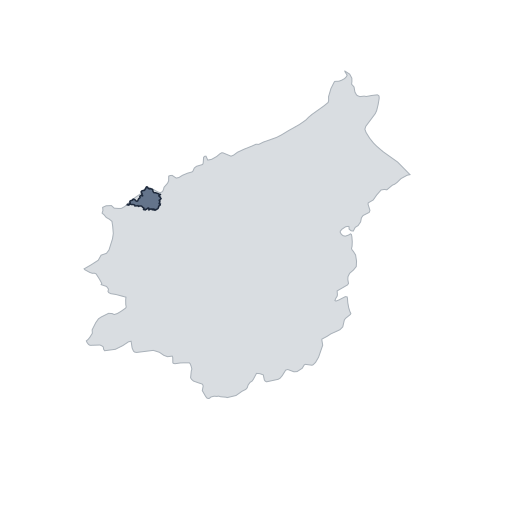 Naroulia, Gomel, Belarus shown in context, rotated 148°
{"feature_id": "67162791B29889808776469", "entity_name": "Naroulia", "entity_type": "district", "adm_level": 2, "iso_a3": "BLR", "parent_name": "Belarus", "parent_adm1": "Gomel", "projection": "robinson", "projection_center": [29.526, 51.623], "detail": "fine", "context": "in_parent", "style": "filled", "palette": "slate", "viewbox_px": 512, "rotation_deg": 148, "n_neighbors": 0, "source": "geoboundaries", "source_scale": "gbopen_adm2", "svg_char_len": 7093}
<svg xmlns="http://www.w3.org/2000/svg" viewBox="0 0 512 512"><g transform="rotate(148 256 256)"><path d="M408.6,336.2L401.1,335.9L392.0,336.0L386.9,338.8L381.4,337.5L377.5,339.0L368.6,346.6L365.1,350.7L361.8,357.1L359.8,361.7L360.9,365.0L362.6,368.1L363.0,371.3L363.8,373.9L361.6,375.8L360.3,378.5L356.5,378.0L351.9,375.4L350.9,371.7L347.3,369.1L344.9,367.7L341.0,367.5L334.8,368.7L326.7,369.7L320.6,369.9L317.3,371.2L312.3,372.5L310.4,371.0L307.7,366.7L305.4,362.5L303.9,360.7L302.6,360.2L300.9,360.3L299.0,361.6L297.6,363.0L292.4,364.6L290.2,366.1L287.7,370.0L286.1,369.7L284.4,368.8L282.4,364.4L279.8,363.4L275.5,363.4L270.1,362.5L265.8,361.2L264.3,361.5L261.7,363.3L258.9,363.6L252.8,361.9L251.6,362.7L248.1,367.5L246.4,367.7L245.5,367.1L246.1,362.9L242.5,361.5L236.6,361.2L232.4,361.8L230.3,361.7L229.3,360.9L224.3,353.9L221.6,353.4L216.7,353.8L209.6,352.9L201.4,351.4L196.8,350.8L194.5,349.2L189.4,348.7L175.9,345.7L170.3,345.2L162.1,345.1L149.6,344.5L141.6,344.9L137.9,345.8L133.6,346.4L118.8,347.3L113.4,348.0L111.9,349.5L110.0,352.7L103.7,358.3L97.6,362.0L96.6,362.3L93.1,360.3L90.3,359.7L86.9,359.5L84.5,360.1L82.9,361.0L82.9,365.3L82.6,365.7L80.2,360.6L80.5,356.0L82.1,353.3L83.9,351.0L83.3,347.4L85.2,342.7L85.4,339.3L84.7,337.8L83.4,336.1L79.6,334.3L77.9,332.8L72.8,330.8L67.7,328.4L66.9,326.9L67.2,325.8L68.1,324.3L72.2,319.7L76.7,315.3L79.5,313.5L94.2,307.8L96.5,305.8L97.2,302.4L97.2,295.6L96.5,289.5L95.5,285.2L93.0,277.2L86.1,260.6L82.3,243.4L85.1,244.4L92.0,244.8L97.5,243.6L100.3,243.4L102.8,243.8L110.0,242.8L111.8,244.4L114.9,245.7L121.3,243.8L126.9,241.4L132.7,241.6L133.6,240.4L135.2,234.3L136.9,233.0L143.8,233.6L146.4,232.5L149.2,229.5L153.3,227.7L156.7,227.7L160.3,225.6L162.0,227.0L162.8,229.5L161.6,231.5L162.1,232.3L164.5,233.3L168.7,233.2L171.4,232.4L172.1,231.3L172.1,229.2L171.5,227.2L169.8,225.5L166.4,224.7L164.1,224.7L163.7,223.6L164.6,221.3L166.8,217.1L169.4,213.3L171.0,211.8L171.3,210.5L171.0,208.2L171.0,204.1L173.5,198.3L176.6,193.9L180.7,192.5L185.8,191.7L189.0,189.7L190.6,187.4L192.1,183.7L193.7,183.0L205.7,183.4L207.6,179.8L208.7,178.8L211.0,177.7L212.7,176.4L212.1,175.4L209.0,174.8L201.8,174.2L200.4,173.0L200.9,171.6L202.9,167.8L204.8,163.0L205.8,159.2L206.0,157.0L207.0,156.4L212.9,155.7L214.9,155.0L220.0,149.9L223.9,149.0L233.8,150.3L238.3,150.2L244.1,150.6L244.6,150.1L246.7,145.0L256.6,137.0L261.9,134.2L265.2,133.5L266.4,133.7L271.6,138.0L272.8,138.1L276.3,136.3L282.4,136.2L285.2,137.7L289.2,142.9L291.3,143.5L297.2,140.6L300.4,139.6L302.6,139.7L313.7,143.7L314.5,145.0L314.6,146.5L312.8,151.3L315.1,154.2L317.8,156.2L323.5,152.9L325.6,152.0L328.0,152.0L331.0,150.8L333.3,148.9L335.4,148.3L339.5,148.7L346.9,148.3L355.5,151.2L356.2,152.1L360.6,155.4L362.1,157.1L363.5,157.6L365.8,159.3L368.9,160.3L371.0,160.0L372.1,160.5L373.0,161.8L373.1,164.0L372.9,170.3L369.8,173.6L369.4,174.8L369.6,176.1L372.0,178.9L375.3,183.1L376.0,185.5L376.0,187.4L371.8,192.8L370.3,194.1L369.4,196.9L368.9,199.6L369.2,200.8L376.4,205.2L381.8,207.6L383.0,208.8L383.1,209.5L380.3,214.2L380.1,215.5L384.4,217.5L386.8,220.6L389.0,225.6L393.1,230.4L408.4,237.5L409.8,238.8L410.3,240.3L409.8,243.6L407.1,249.9L409.7,250.8L416.5,250.6L424.7,251.4L434.6,255.9L434.6,257.9L433.7,259.7L434.4,261.6L435.5,263.2L444.1,268.2L444.9,269.7L445.1,272.1L444.9,273.9L442.6,274.2L440.0,275.1L435.7,277.2L434.1,280.2L427.2,284.4L422.9,286.2L419.5,286.3L411.4,285.5L408.5,283.4L407.3,281.5L404.1,280.7L400.0,280.6L394.2,280.9L393.1,281.5L392.2,283.8L389.8,287.8L388.1,290.0L395.4,297.8L399.1,301.0L400.3,303.0L400.3,304.4L398.6,306.1L398.9,309.4L402.5,313.8L401.3,314.5L401.0,319.8L401.1,325.6L402.1,327.0L404.0,328.1L405.7,330.2L408.4,335.0L408.6,336.2Z" fill="#d9dde1" stroke="#a8b0b8" stroke-width="1"/><path d="M322.3,351.8L322.1,351.8L321.7,351.8L321.4,351.8L321.0,351.7L320.5,351.7L320.1,351.5L319.9,351.3L319.7,351.2L319.6,350.9L319.6,350.6L319.6,350.4L319.4,350.1L319.1,350.1L318.9,350.1L318.7,350.3L318.6,350.5L318.4,350.5L318.3,350.4L318.2,350.2L318.3,349.7L318.3,349.3L318.2,349.1L317.9,349.1L317.5,349.3L317.2,349.3L317.1,349.1L317.2,348.8L317.4,348.6L317.5,348.5L317.4,348.3L317.1,348.3L316.8,348.3L316.3,348.2L315.8,348.2L315.1,348.2L314.7,348.2L314.2,348.2L313.8,348.3L313.6,348.4L313.4,348.6L313.1,348.8L312.9,348.9L312.6,349.1L312.4,349.3L312.4,349.6L312.2,349.8L311.3,349.9L310.7,349.9L310.3,350.0L310.1,350.2L310.0,350.3L309.9,350.6L309.6,350.8L309.8,351.1L310.1,351.2L310.4,351.4L310.4,351.7L310.4,351.8L310.0,352.0L309.8,352.0L309.6,352.2L309.5,352.3L309.4,352.6L309.1,352.9L308.8,352.9L308.8,353.1L308.7,353.4L308.5,353.7L308.3,354.0L308.2,354.1L308.3,354.4L308.5,354.5L308.4,354.6L308.2,354.7L307.9,354.6L307.5,354.5L307.1,354.6L306.7,354.8L306.1,355.0L306.1,355.3L306.2,355.6L306.2,356.0L306.2,356.3L306.0,356.5L305.9,356.6L306.0,356.8L306.3,357.1L306.3,357.3L306.2,357.6L306.3,357.9L306.4,358.2L306.6,358.4L306.5,358.6L306.3,358.7L305.8,358.7L305.2,358.7L304.3,358.7L303.9,358.8L304.1,358.8L304.6,359.1L305.1,359.3L305.4,359.8L305.8,360.5L306.1,361.0L306.9,361.8L307.1,362.2L307.6,362.8L308.3,363.3L308.7,363.6L309.0,363.8L309.1,364.2L309.1,364.6L309.1,365.0L309.1,365.6L308.9,366.0L308.7,366.3L308.6,366.8L308.5,367.1L308.7,367.6L309.3,368.4L309.9,369.0L310.3,369.2L310.7,369.3L311.1,369.6L311.2,370.0L311.4,370.4L311.6,371.0L311.6,371.6L311.7,372.1L311.8,372.5L312.4,372.6L312.8,372.4L313.1,372.2L313.8,371.6L314.7,371.3L315.3,371.0L315.9,370.8L316.4,371.0L317.0,371.3L317.5,371.5L318.4,371.7L318.9,371.5L319.4,371.3L319.6,370.7L319.6,370.2L319.5,369.7L319.6,369.2L320.1,368.9L320.3,368.5L320.3,368.3L320.1,367.8L320.2,367.2L320.6,367.2L320.9,367.7L321.2,368.1L321.9,368.4L322.5,368.3L323.1,368.0L323.2,367.4L323.4,367.0L323.7,366.8L324.4,366.8L324.9,366.8L325.2,366.7L325.5,366.5L326.0,366.2L326.5,365.9L327.2,365.4L328.0,365.5L328.5,366.1L328.6,366.6L328.8,367.2L328.8,367.6L329.0,368.2L329.1,368.4L329.7,369.0L329.8,369.2L330.6,369.3L330.8,368.9L331.1,368.8L331.5,368.9L332.1,369.1L332.9,369.3L333.7,369.3L334.1,369.0L334.4,368.6L334.4,368.0L334.5,367.7L334.8,367.5L335.4,367.4L336.1,367.3L336.6,367.3L337.1,367.6L337.6,367.9L337.8,367.7L338.0,367.6L337.8,367.4L337.7,367.2L337.4,366.9L337.1,366.7L336.8,366.5L336.7,366.5L336.2,366.8L335.5,366.8L335.1,366.5L334.8,366.3L334.6,366.0L334.5,365.8L334.2,365.5L333.9,365.3L333.6,365.2L333.1,364.9L332.9,364.7L332.4,364.2L332.1,363.8L331.9,363.4L331.9,363.2L332.1,363.0L332.2,362.7L331.9,362.5L331.6,362.3L331.1,362.0L330.6,361.8L330.3,361.6L329.8,361.4L329.4,361.3L329.3,361.0L329.3,360.8L329.4,360.4L329.1,360.2L328.6,360.2L328.0,360.0L327.7,359.8L327.3,359.5L327.0,359.3L326.7,359.0L326.5,358.7L326.4,358.4L326.4,357.8L326.3,357.4L326.1,356.9L325.9,356.7L325.7,356.1L325.7,355.9L326.0,355.7L326.3,355.5L326.5,355.4L326.7,355.2L326.7,354.9L326.4,354.8L326.1,354.6L325.9,354.5L325.9,354.2L325.7,353.8L325.4,353.7L325.2,353.7L325.1,353.8L324.7,354.0L324.4,353.9L324.1,353.7L323.8,353.6L323.5,353.7L323.3,353.8L322.8,353.9L322.3,353.9L321.8,353.7L321.7,353.6L321.6,353.3L321.9,353.2L322.0,352.9L322.1,352.5L322.2,352.2L322.3,351.8L322.3,351.8Z" fill="#64748b" stroke="#1e293b" stroke-width="1.5"/></g></svg>